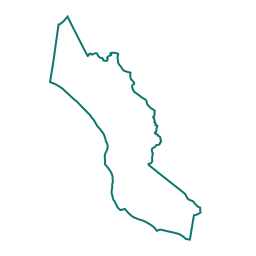 Urucurituba, Amazonas, Brazil, rotated 279°
{"feature_id": "56859067B45794754375958", "entity_name": "Urucurituba", "entity_type": "district", "adm_level": 2, "iso_a3": "BRA", "parent_name": "Brazil", "parent_adm1": "Amazonas", "projection": "orthographic", "projection_center": [-57.737, -2.835], "detail": "fine", "context": "isolated", "style": "outline", "palette": "teal", "viewbox_px": 256, "rotation_deg": 279, "n_neighbors": 0, "source": "geoboundaries", "source_scale": "gbopen_adm2", "svg_char_len": 3657}
<svg xmlns="http://www.w3.org/2000/svg" viewBox="0 0 256 256"><g transform="rotate(279 128 128)"><path d="M197.5,73.3L222.7,55.0L227.0,52.0L228.6,50.9L223.2,47.6L220.3,44.9L219.4,43.9L219.3,43.2L181.6,43.9L162.3,43.8L161.2,43.8L160.2,48.3L159.3,51.1L157.8,54.6L157.2,55.8L156.7,57.1L154.7,60.0L150.0,67.0L148.0,70.0L146.0,73.5L142.7,77.9L142.1,78.6L138.4,83.7L137.3,85.1L134.5,88.9L133.5,89.8L132.7,90.3L132.0,91.1L131.3,92.1L130.6,92.8L129.9,93.5L127.9,95.1L125.1,97.4L124.4,98.2L123.7,99.1L122.6,100.5L120.7,102.4L119.2,104.1L118.1,105.0L115.5,106.5L113.2,107.6L112.1,108.0L111.0,108.5L110.3,109.2L109.3,109.8L107.9,110.5L106.6,110.8L105.1,110.9L103.5,110.8L102.1,110.4L101.2,110.2L100.2,109.8L97.5,109.3L96.2,109.5L93.4,110.1L92.8,110.3L91.9,110.6L90.3,110.7L88.7,110.8L86.4,113.6L84.9,115.1L84.1,115.9L82.2,117.6L79.6,119.5L77.6,120.3L72.2,121.5L70.2,121.2L66.1,121.7L63.4,121.7L61.4,121.9L59.5,122.8L57.1,123.7L54.6,124.9L53.4,126.4L51.8,127.4L50.2,128.6L47.9,130.1L45.7,133.4L47.6,137.6L46.0,139.3L44.4,141.3L43.4,142.7L42.3,144.5L41.4,146.0L40.7,147.7L39.6,152.1L39.3,153.9L39.0,156.1L38.8,157.8L38.2,159.7L37.4,161.9L36.2,164.9L34.2,169.0L32.8,170.7L30.9,172.7L32.4,174.8L32.7,176.8L32.4,180.7L32.2,183.2L32.0,186.4L31.8,189.8L31.6,192.5L31.2,195.1L30.4,197.3L29.6,199.2L28.4,201.1L27.4,202.5L27.5,206.6L47.2,206.7L52.1,206.8L52.8,208.7L53.9,210.4L55.7,212.8L58.9,212.0L60.7,211.7L61.0,209.8L62.0,208.3L64.3,205.1L65.7,203.9L66.3,201.5L66.7,199.5L67.4,198.1L68.8,197.0L70.2,195.9L71.9,194.6L81.3,177.9L82.6,175.6L87.4,167.0L88.6,164.9L94.7,154.3L95.7,153.9L96.1,155.0L96.6,155.8L97.2,156.5L98.1,156.9L98.8,157.0L99.7,157.0L100.4,156.9L101.5,156.6L102.2,156.5L103.1,156.4L104.0,156.5L104.8,156.5L105.9,156.4L107.1,156.5L108.0,155.6L108.8,155.4L109.8,155.1L110.8,154.8L111.5,155.3L112.1,155.8L112.8,156.5L113.5,157.5L114.4,158.1L115.3,158.5L115.7,158.9L116.0,160.2L116.3,161.0L116.7,161.6L117.6,161.9L118.6,162.0L119.0,162.6L119.8,162.9L120.9,162.3L121.8,161.9L122.8,161.7L123.4,161.5L124.2,161.0L124.6,160.2L124.8,159.4L125.7,158.8L126.1,157.8L126.3,156.9L126.5,156.2L127.0,155.5L127.8,155.4L128.3,156.2L129.1,156.2L129.7,156.4L131.0,156.3L132.1,156.2L133.2,156.2L134.1,156.8L134.8,156.5L135.0,155.9L135.4,155.3L135.4,154.6L136.3,154.8L137.0,154.3L137.3,153.7L137.8,153.2L138.3,153.6L139.0,153.4L139.6,153.0L140.6,152.6L141.7,152.4L142.3,151.9L142.4,151.2L143.4,151.4L144.3,152.0L145.1,152.2L145.9,152.0L146.8,152.0L147.5,151.7L148.4,151.8L149.2,151.7L149.7,151.0L150.3,149.8L150.7,148.5L151.1,147.7L151.6,146.9L152.1,146.2L152.4,145.6L152.9,145.1L153.6,144.3L154.2,143.6L154.7,143.1L157.4,142.1L157.9,141.6L158.5,141.0L159.0,140.4L159.2,139.7L160.4,136.8L162.5,132.8L163.4,131.1L164.2,129.5L164.7,128.5L165.8,127.6L166.5,127.0L167.4,126.5L168.3,126.0L169.3,125.6L170.2,125.6L171.4,126.0L172.1,126.6L172.7,127.2L173.4,127.1L174.1,126.6L174.5,126.0L175.3,125.1L175.9,124.3L176.6,123.4L177.4,122.8L178.5,122.4L180.1,122.0L181.7,121.9L183.0,121.8L183.4,118.1L184.0,114.9L185.2,113.4L187.4,111.5L188.3,110.4L189.1,109.4L190.2,108.6L191.5,107.8L192.3,107.8L193.9,107.3L195.6,106.7L197.2,106.6L199.0,106.8L199.8,106.5L199.9,105.2L200.2,104.2L200.0,102.3L199.9,101.0L199.8,100.1L199.4,99.3L198.9,98.9L198.4,99.7L197.5,100.0L197.1,99.5L196.6,98.6L195.6,97.2L194.4,96.5L193.7,96.5L193.2,96.9L192.4,97.2L191.2,96.8L190.9,96.0L190.8,94.1L191.1,92.8L192.2,92.4L192.8,92.0L193.1,91.3L192.9,89.9L193.2,89.1L194.0,88.0L194.6,87.3L195.2,86.7L195.8,86.4L196.4,86.1L196.8,85.5L196.9,84.7L196.5,83.6L195.7,82.2L195.2,81.5L194.8,80.7L195.5,79.9L195.4,78.8L195.0,78.1L194.5,77.7L193.5,77.8L192.9,76.9L197.5,73.3Z" fill="none" stroke="#0f766e" stroke-width="2"/></g></svg>